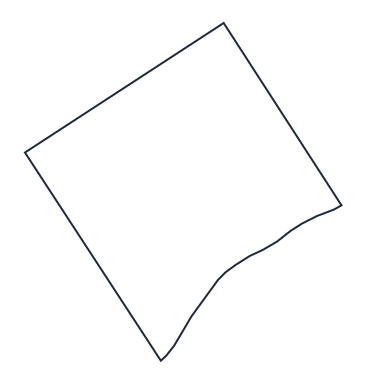 Luce, Michigan, United States of America, rotated 147°
{"feature_id": "52423323B37412968386786", "entity_name": "Luce", "entity_type": "district", "adm_level": 2, "iso_a3": "USA", "parent_name": "United States of America", "parent_adm1": "Michigan", "projection": "equal_earth", "projection_center": [-85.598, 46.5], "detail": "fine", "context": "isolated", "style": "outline", "palette": "slate", "viewbox_px": 384, "rotation_deg": 147, "n_neighbors": 0, "source": "geoboundaries", "source_scale": "gbopen_adm2", "svg_char_len": 384}
<svg xmlns="http://www.w3.org/2000/svg" viewBox="0 0 384 384"><g transform="rotate(147 192 192)"><path d="M73.7,189.6L73.4,316.5L310.6,316.1L310.0,67.5L302.9,68.7L290.5,72.9L260.4,87.9L218.1,104.1L207.7,106.4L195.3,107.1L178.4,106.9L164.4,104.9L147.7,104.1L130.5,105.7L116.9,105.6L100.2,103.8L82.8,100.0L73.9,99.4L73.7,189.6Z" fill="none" stroke="#1e293b" stroke-width="2"/></g></svg>